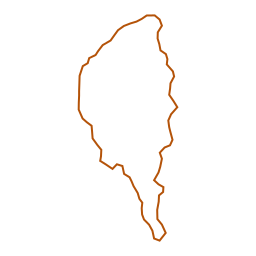 Francisco Morato, São Paulo, Brazil (Natural Earth projection), rotated 90°
{"feature_id": "56859067B7096478709606", "entity_name": "Francisco Morato", "entity_type": "district", "adm_level": 2, "iso_a3": "BRA", "parent_name": "Brazil", "parent_adm1": "São Paulo", "projection": "natural_earth1", "projection_center": [-46.713, -23.275], "detail": "fine", "context": "isolated", "style": "outline", "palette": "amber", "viewbox_px": 256, "rotation_deg": 90, "n_neighbors": 0, "source": "geoboundaries", "source_scale": "gbopen_adm2", "svg_char_len": 1126}
<svg xmlns="http://www.w3.org/2000/svg" viewBox="0 0 256 256"><g transform="rotate(90 128 128)"><path d="M139.8,83.5L131.6,85.7L127.2,86.8L120.5,87.7L114.2,84.9L107.2,78.7L100.9,82.6L94.8,86.8L88.5,85.9L83.3,85.5L76.5,81.9L71.4,83.1L64.4,89.2L59.1,88.6L54.1,90.1L50.4,95.5L44.1,96.7L38.5,98.4L32.3,98.2L25.7,94.1L19.5,96.4L15.4,101.3L15.5,109.3L18.9,114.3L21.6,119.5L23.4,125.5L26.0,132.2L30.2,138.0L35.0,141.5L40.5,145.4L45.1,153.3L51.1,157.9L55.0,160.4L58.1,166.8L63.2,168.3L66.1,173.2L75.8,176.4L85.4,176.7L91.2,176.9L95.8,176.9L102.7,177.2L109.6,177.3L118.5,173.4L122.2,169.2L125.8,164.4L131.7,163.9L138.4,163.4L144.9,158.7L149.8,154.7L156.3,155.0L160.9,155.8L164.4,150.2L168.9,143.5L164.3,139.1L166.0,133.6L173.9,131.9L177.3,126.4L181.4,124.4L186.2,122.4L193.0,118.3L198.8,116.6L202.7,113.7L208.2,114.3L214.5,113.9L219.5,112.0L224.7,106.9L230.7,103.6L238.5,101.9L240.6,96.4L232.9,90.3L224.6,94.1L219.1,98.6L209.9,98.8L201.7,97.3L195.4,97.0L192.0,92.9L187.1,92.6L184.3,97.5L180.2,101.9L172.5,97.5L166.9,95.8L158.7,94.1L152.7,96.2L147.5,91.4L145.3,86.0L139.8,83.5Z" fill="none" stroke="#b45309" stroke-width="2"/></g></svg>